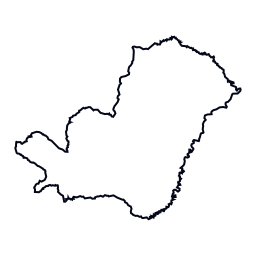 Ledesma, Jujuy, Argentina (orthographic projection)
{"feature_id": "61730980B60516348074924", "entity_name": "Ledesma", "entity_type": "district", "adm_level": 2, "iso_a3": "ARG", "parent_name": "Argentina", "parent_adm1": "Jujuy", "projection": "orthographic", "projection_center": [-64.879, -23.773], "detail": "fine", "context": "isolated", "style": "outline", "palette": "ink", "viewbox_px": 256, "rotation_deg": 0, "n_neighbors": 0, "source": "geoboundaries", "source_scale": "gbopen_adm2", "svg_char_len": 5802}
<svg xmlns="http://www.w3.org/2000/svg" viewBox="0 0 256 256"><path d="M17.5,153.5L19.6,153.8L20.5,154.9L21.2,154.7L22.2,155.8L23.1,156.1L23.5,157.6L24.1,157.4L24.3,157.8L24.9,157.6L27.3,158.4L28.0,160.1L29.0,160.4L30.3,162.0L32.3,162.7L33.0,162.4L35.1,163.5L37.6,165.9L39.1,166.3L42.8,168.6L43.4,169.5L44.7,169.9L45.5,171.2L45.2,172.2L46.2,176.6L45.4,178.6L44.6,180.0L41.5,181.6L39.7,180.8L38.5,183.7L37.1,183.7L35.8,184.7L34.8,186.9L34.3,187.2L34.2,187.9L35.0,189.3L34.9,192.0L39.0,192.2L40.1,191.3L40.8,191.2L41.9,189.3L43.2,189.0L43.0,188.1L44.9,187.2L46.0,186.1L48.2,186.0L48.5,185.4L50.1,184.9L51.3,185.7L52.7,185.2L54.8,185.7L55.4,185.1L55.9,185.6L57.2,185.2L57.8,185.4L58.0,187.9L57.7,188.8L58.4,190.4L58.0,191.8L60.7,194.4L63.0,195.8L64.2,201.7L65.4,201.6L66.6,200.3L66.0,199.1L68.2,198.8L68.3,197.7L68.8,198.8L69.8,198.6L70.5,199.4L71.2,199.0L72.2,199.7L72.6,198.8L73.7,198.8L73.1,197.5L73.6,196.8L76.8,197.4L80.1,196.1L81.9,196.8L83.3,196.6L84.8,198.4L90.5,197.5L92.3,198.7L94.9,198.5L95.0,197.4L97.4,196.4L98.6,196.5L100.7,195.8L103.0,196.7L105.0,195.1L106.9,195.8L108.1,195.7L108.7,196.4L113.5,195.4L117.5,197.7L122.4,199.7L123.4,199.6L124.8,201.0L125.0,202.2L127.1,203.3L128.1,205.2L130.8,206.6L131.5,208.7L130.8,211.5L131.1,213.3L132.5,214.0L133.0,214.8L135.6,215.9L137.3,215.7L139.6,216.8L141.0,216.4L141.8,217.7L142.9,218.1L146.7,217.4L148.7,219.2L150.3,218.4L150.0,216.9L150.7,216.9L150.9,218.0L152.2,217.3L151.6,216.0L152.8,216.4L153.6,217.3L154.1,215.6L153.6,215.3L153.7,214.6L155.0,215.8L155.5,215.5L155.3,213.1L157.4,212.3L158.0,213.5L157.4,213.9L157.8,214.0L158.8,213.1L159.1,211.2L160.1,211.2L160.6,211.8L161.3,209.9L162.3,210.2L163.0,209.7L163.3,211.1L163.9,211.2L164.4,210.2L163.4,209.4L166.2,208.6L166.4,206.7L167.0,206.8L167.4,207.5L168.5,207.0L169.1,205.6L168.7,204.2L170.0,203.6L171.3,204.2L171.9,202.6L171.3,201.9L171.4,200.5L173.6,199.5L172.5,199.2L172.5,198.0L173.8,197.0L175.6,197.0L175.4,195.3L174.4,195.4L172.9,196.6L172.0,196.4L172.9,193.6L173.7,192.9L173.2,190.6L174.2,189.8L175.6,189.8L178.0,191.6L179.6,190.3L179.5,188.6L177.0,187.5L178.4,185.1L180.3,184.9L180.0,184.1L178.5,183.8L178.1,182.6L178.3,181.8L179.2,181.9L180.0,181.0L179.8,178.5L180.7,179.2L181.1,178.7L180.1,178.0L180.0,176.5L178.9,175.8L179.6,174.3L179.4,173.0L180.2,172.4L182.0,173.3L182.1,171.6L183.1,172.1L183.9,171.4L183.5,170.6L182.0,170.2L182.3,168.5L180.7,167.9L183.5,165.4L184.2,164.2L184.8,161.0L184.3,159.5L184.7,157.7L185.4,157.1L187.7,157.6L189.0,156.7L188.7,155.6L187.7,155.3L187.5,154.2L189.1,152.9L189.3,151.4L190.0,151.5L190.2,152.4L190.8,152.2L189.3,150.4L189.3,149.6L190.2,149.6L192.0,151.3L193.3,149.3L193.3,148.4L191.7,146.8L191.3,145.3L191.7,144.2L193.8,143.0L193.8,141.8L193.0,141.2L193.4,140.4L194.1,140.0L198.8,141.1L199.2,140.1L199.1,138.8L199.8,137.6L200.7,134.0L201.3,133.2L203.0,133.0L203.5,132.5L202.7,129.1L203.2,126.1L202.9,124.2L203.9,121.7L205.7,119.9L204.4,118.1L204.9,115.5L207.4,114.5L211.6,114.2L211.3,112.2L212.1,111.1L213.6,110.1L216.3,109.4L219.6,107.4L223.2,107.0L226.3,107.7L226.8,106.8L225.6,104.7L225.6,103.0L226.3,102.3L228.1,101.8L230.5,99.2L232.3,94.2L232.9,93.7L237.7,93.5L240.2,91.0L240.6,89.6L240.3,88.5L239.4,88.5L237.7,89.3L237.2,90.5L236.7,90.5L236.0,89.4L236.2,87.6L235.8,86.9L231.2,85.2L231.0,83.5L233.6,83.3L233.5,82.4L230.4,81.3L229.4,81.9L229.1,80.9L227.9,81.5L227.8,79.2L225.1,76.9L224.2,73.5L223.3,72.7L223.7,71.6L223.6,69.8L222.0,68.9L221.6,68.1L220.0,67.6L219.8,66.8L218.8,66.5L218.4,65.5L217.2,65.2L217.0,64.7L217.4,63.8L215.4,62.9L215.0,61.7L213.3,61.4L213.2,60.7L214.0,59.9L213.4,58.3L214.1,57.2L213.7,56.5L212.8,57.1L211.0,57.3L210.4,56.3L209.6,55.9L208.7,54.1L206.9,54.8L206.5,54.4L205.2,54.3L205.3,53.1L204.6,52.6L203.5,53.3L202.9,54.5L202.3,54.5L201.7,53.3L200.3,54.0L199.0,53.2L198.6,52.2L196.9,52.1L196.2,51.4L196.8,51.2L196.6,50.9L194.9,49.9L193.1,50.1L193.1,48.4L191.8,48.4L191.3,47.8L190.2,48.0L187.3,46.2L186.7,47.1L185.8,46.2L181.8,45.8L180.5,44.4L179.9,42.8L180.4,42.5L179.6,42.4L180.0,41.5L179.0,41.6L178.7,40.4L178.1,40.4L176.4,38.5L175.8,38.5L175.7,37.7L174.6,37.7L174.2,36.8L172.9,37.2L172.0,36.9L172.1,37.7L171.5,37.8L172.0,38.1L172.0,38.6L171.5,38.6L171.2,39.4L170.3,38.8L169.1,39.6L167.5,39.4L166.8,40.5L166.4,39.7L166.0,40.2L165.5,40.0L164.0,41.0L163.5,40.3L161.6,42.1L160.5,41.4L160.4,43.7L159.9,44.5L158.7,44.3L157.4,44.7L157.0,43.7L155.1,43.7L154.8,43.3L148.0,49.1L146.2,48.7L143.2,49.2L139.7,47.1L136.6,47.3L134.3,46.5L132.8,46.9L132.5,47.7L133.5,49.3L133.8,51.6L133.3,60.0L132.1,61.8L132.3,62.9L130.7,65.5L129.4,66.6L128.9,67.8L128.2,71.3L129.2,72.7L129.0,74.3L125.5,76.1L121.4,77.0L120.0,78.6L119.9,81.7L121.0,83.5L119.6,84.8L118.0,89.5L119.5,94.5L117.9,96.1L117.5,97.7L117.6,98.4L118.7,99.3L117.5,102.3L114.4,106.3L113.3,109.2L113.7,110.5L114.7,111.3L115.4,113.5L113.2,116.8L111.6,116.4L110.9,114.8L109.5,114.7L109.2,113.6L108.3,114.2L107.3,113.8L104.9,114.1L100.5,112.8L97.7,109.7L93.6,109.8L93.4,110.2L90.3,107.2L88.6,107.1L86.7,107.9L86.0,107.7L85.0,108.5L83.3,107.8L80.2,110.4L79.1,110.7L79.2,112.1L76.4,113.8L75.7,115.1L73.1,115.7L72.5,116.9L69.7,118.1L70.1,119.3L69.3,121.6L70.2,122.0L69.5,122.1L69.9,122.8L68.6,123.5L67.2,125.5L66.8,130.0L66.0,131.8L66.5,135.7L67.4,136.5L66.3,138.4L67.5,140.9L68.4,141.3L68.6,142.0L68.1,144.4L68.4,144.8L67.4,145.9L67.9,147.2L66.8,148.1L66.6,149.4L67.3,150.4L67.5,151.8L65.2,151.7L62.5,149.5L59.0,148.3L51.6,140.8L48.4,139.3L47.6,137.3L45.5,135.5L44.3,135.3L43.4,134.3L42.7,134.5L41.4,133.1L39.2,132.1L36.5,131.8L31.9,133.3L31.0,135.0L31.5,136.4L30.5,136.3L30.6,136.9L30.1,137.0L29.5,136.2L28.7,136.4L28.9,136.8L27.0,138.3L26.4,140.1L26.7,141.3L24.8,141.7L24.5,142.4L23.8,142.4L22.3,143.8L21.4,143.6L20.5,142.1L16.9,142.2L15.8,141.4L16.6,142.7L16.1,143.5L16.0,146.6L15.4,147.6L15.5,148.9L16.7,152.9L17.5,153.5Z" fill="none" stroke="#020617" stroke-width="2"/></svg>